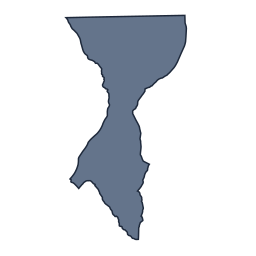 the district of Dadaab, North-Eastern, Kenya, rotated 269°
{"feature_id": "3690345B19935861804031", "entity_name": "Dadaab", "entity_type": "district", "adm_level": 2, "iso_a3": "KEN", "parent_name": "Kenya", "parent_adm1": "North-Eastern", "projection": "albers", "projection_center": [40.106, 0.062], "detail": "fine", "context": "isolated", "style": "filled", "palette": "slate", "viewbox_px": 256, "rotation_deg": 269, "n_neighbors": 0, "source": "geoboundaries", "source_scale": "gbopen_adm2", "svg_char_len": 5786}
<svg xmlns="http://www.w3.org/2000/svg" viewBox="0 0 256 256"><g transform="rotate(269 128 128)"><path d="M91.4,148.7L93.7,144.3L94.6,142.7L95.0,142.5L96.7,141.7L98.6,141.1L99.7,140.7L100.7,140.0L101.0,139.9L101.5,139.9L102.8,140.0L107.6,140.6L108.8,140.7L109.5,140.7L113.0,140.4L114.7,140.4L116.5,139.9L117.0,139.8L121.1,140.5L122.6,140.7L124.6,140.2L125.8,140.0L126.3,139.8L128.3,139.5L129.5,139.2L130.2,138.9L132.5,137.8L135.9,136.0L142.4,132.9L142.8,132.9L143.2,133.0L144.3,132.9L144.8,133.0L145.2,133.1L145.9,133.8L146.3,134.3L147.0,135.3L147.1,135.7L147.3,135.9L147.7,136.0L148.1,136.3L148.5,136.5L148.9,136.5L149.1,136.7L149.4,137.0L149.7,137.2L150.8,137.8L151.7,138.0L154.1,138.2L154.6,138.4L155.0,138.6L155.7,139.0L157.4,140.3L158.8,141.4L160.6,142.7L162.0,143.9L164.6,145.6L165.7,145.5L166.1,145.7L166.6,145.8L167.1,145.9L167.2,146.7L167.3,147.1L167.6,147.5L168.2,149.2L168.3,150.1L168.4,150.4L169.5,151.6L169.6,152.5L172.3,155.1L172.7,155.6L172.9,155.9L173.4,156.5L173.8,156.9L174.2,157.3L174.5,157.5L174.8,157.7L175.6,158.6L176.2,159.5L176.7,160.4L177.1,161.5L177.3,162.0L177.4,163.1L178.0,164.1L179.1,165.7L180.2,167.9L180.5,168.3L181.2,168.8L181.4,169.2L183.0,170.9L187.5,175.0L189.6,176.5L193.1,178.5L201.3,182.2L207.0,184.9L208.9,185.8L210.7,186.4L213.0,187.0L213.7,187.1L218.0,187.5L223.5,187.9L224.9,188.0L226.8,188.1L227.5,188.0L228.5,187.9L232.0,186.9L239.6,186.8L239.5,91.9L239.4,67.9L238.6,68.6L237.5,69.4L237.0,69.7L235.2,70.2L234.8,70.4L233.5,71.2L233.0,71.6L232.4,72.0L230.8,72.6L230.5,72.7L228.5,73.8L228.1,74.1L226.6,75.8L223.5,78.7L219.3,81.0L218.7,81.3L217.6,81.7L216.9,81.9L216.3,82.0L213.4,82.5L211.7,83.0L207.4,84.1L206.5,84.4L205.8,84.6L204.1,85.5L203.2,86.1L202.4,86.9L201.2,88.5L200.8,88.7L200.3,88.8L199.3,88.9L198.8,89.0L198.5,89.2L198.1,89.4L197.7,89.7L197.4,90.2L196.9,91.3L196.6,92.4L196.3,93.4L195.0,95.6L194.7,95.9L193.9,96.2L193.6,96.4L193.3,96.7L193.2,97.1L193.3,98.0L193.2,98.4L193.0,98.7L192.1,99.5L190.5,100.6L189.4,101.4L188.0,102.5L187.7,102.7L187.2,102.7L186.6,102.6L185.9,102.5L185.1,102.5L183.6,102.7L182.9,102.5L182.4,102.6L182.0,102.9L181.7,103.4L181.4,103.6L181.2,103.6L180.8,103.5L180.4,103.4L180.0,103.6L179.7,103.9L179.2,104.7L178.8,105.0L178.5,105.1L177.2,104.7L176.7,105.1L176.3,105.1L175.7,105.1L175.3,105.0L174.9,104.8L174.3,104.4L173.8,104.3L173.2,104.1L172.8,103.9L172.0,103.4L171.6,103.3L171.1,103.3L170.6,103.4L170.1,103.6L169.4,104.1L169.3,104.3L169.1,104.6L169.0,105.0L168.8,105.3L168.6,105.6L167.9,106.0L167.7,106.2L167.3,107.5L167.1,108.0L166.9,108.3L166.6,108.5L166.4,108.5L166.1,108.4L165.6,107.9L165.2,107.8L164.8,107.9L164.5,108.1L163.3,109.1L163.0,109.3L162.1,109.5L159.9,109.5L159.4,109.6L158.7,109.6L158.0,109.5L155.8,109.0L154.7,108.9L153.6,109.1L152.9,109.4L152.0,109.8L151.6,109.9L151.1,109.8L150.6,109.8L150.2,109.6L149.1,109.0L148.6,108.6L148.2,108.3L147.4,108.0L145.6,107.7L144.9,107.6L143.5,107.6L140.9,107.6L140.5,107.5L140.0,107.3L139.2,106.8L137.2,105.3L135.8,104.5L133.0,103.1L131.3,102.5L129.8,101.8L128.1,100.9L126.2,99.7L125.3,99.0L123.6,97.6L122.5,96.5L121.0,94.7L120.2,93.8L118.0,91.3L116.8,90.1L115.1,88.6L114.5,88.1L113.9,87.8L112.3,87.2L110.4,86.1L108.1,84.5L105.6,82.5L101.7,79.8L99.6,78.4L98.9,78.1L98.1,77.9L97.3,77.9L94.8,77.8L93.5,77.6L92.9,77.6L91.8,77.3L90.2,76.8L87.8,75.9L86.6,75.3L85.2,74.6L83.8,73.8L82.5,72.9L80.1,71.0L78.0,69.1L77.8,69.3L77.6,70.0L77.3,70.2L77.0,70.2L76.6,70.2L75.7,70.0L75.3,70.0L75.0,70.1L74.8,70.4L74.7,70.7L74.4,71.5L74.2,72.1L73.4,73.2L73.0,73.6L70.8,75.7L68.4,77.7L70.1,79.1L70.7,79.7L71.7,80.5L73.0,81.9L74.1,82.7L74.7,83.5L75.2,84.3L75.7,85.1L76.0,85.9L76.0,87.4L76.0,89.4L75.1,90.6L72.9,92.5L72.7,92.9L72.2,94.1L71.9,94.1L71.5,94.0L71.0,93.9L70.7,94.1L70.2,94.7L68.9,95.6L68.1,96.5L66.8,97.3L65.9,97.7L65.5,97.8L64.7,98.2L64.3,98.4L63.5,98.5L63.0,98.6L62.7,98.8L59.4,101.0L59.1,101.1L58.8,101.2L57.4,101.1L56.9,101.3L56.5,101.5L55.7,101.9L54.9,102.6L54.5,102.9L54.0,103.1L53.6,103.3L53.2,103.6L52.8,104.0L52.3,104.5L49.5,108.1L49.1,108.4L48.2,108.7L47.1,109.2L46.6,109.6L46.2,109.9L45.6,110.4L44.7,110.7L43.6,110.9L42.8,111.1L42.1,111.4L41.5,111.9L41.2,112.2L40.8,112.8L40.5,113.0L39.9,113.4L39.7,113.6L39.7,113.8L40.0,115.0L39.8,115.2L39.4,115.5L39.3,115.9L39.0,116.1L38.7,116.3L38.0,116.4L37.7,116.5L36.3,117.1L36.0,117.1L35.2,117.0L34.4,117.0L34.1,117.1L33.5,117.4L32.8,117.6L32.2,117.6L31.0,117.6L30.4,117.6L30.2,117.9L29.9,118.3L29.8,118.6L29.7,119.8L29.5,120.1L29.2,120.3L28.3,120.4L28.0,120.5L27.7,120.7L27.2,121.2L26.9,121.4L26.6,121.8L26.4,122.1L26.2,123.2L25.6,123.7L25.1,124.3L24.5,124.9L24.1,125.2L23.5,125.5L22.9,125.6L22.0,125.7L21.6,125.8L21.2,126.2L20.8,126.6L20.5,127.1L20.2,128.1L20.0,128.6L19.6,129.1L18.0,130.2L17.7,130.5L17.6,130.9L17.4,131.9L17.2,132.4L16.8,132.9L16.6,133.3L16.5,133.7L16.4,134.9L16.5,136.4L19.2,136.6L28.3,137.0L28.5,137.1L28.9,137.4L29.8,137.6L30.4,137.6L33.3,138.7L35.2,141.2L35.8,141.2L36.3,141.1L36.7,141.0L37.9,140.8L38.2,140.5L38.6,140.5L38.9,140.3L39.2,140.0L39.3,139.9L39.6,140.0L39.7,139.9L39.8,139.6L40.4,139.9L41.3,140.2L42.7,140.8L43.4,141.0L44.6,141.2L45.7,141.2L46.9,141.8L47.7,141.9L52.1,141.1L53.2,140.9L53.6,140.7L54.0,140.5L54.5,140.2L54.8,140.3L55.4,140.6L55.8,140.7L56.9,140.5L58.0,140.5L58.5,140.4L58.8,140.3L59.1,140.1L60.6,139.1L60.9,138.9L61.9,138.7L62.4,138.7L62.8,138.6L63.4,138.3L63.6,138.1L64.2,137.5L64.8,136.4L65.3,136.9L66.2,137.5L66.7,138.1L67.2,138.5L67.8,139.0L68.7,139.7L69.4,140.2L70.0,140.5L71.5,141.4L71.9,141.7L72.1,141.8L73.0,142.2L73.4,142.2L74.3,142.2L74.8,142.1L75.5,141.9L75.9,141.9L76.2,142.1L76.7,142.4L77.3,142.7L78.4,143.2L79.3,143.5L80.2,143.6L80.9,143.9L81.5,144.0L82.1,144.3L82.9,144.7L84.1,145.5L84.5,145.9L85.0,146.5L85.3,146.7L86.3,146.9L87.3,146.9L87.9,147.2L89.3,147.5L90.2,147.9L91.4,148.7Z" fill="#64748b" stroke="#1e293b" stroke-width="1.5"/></g></svg>